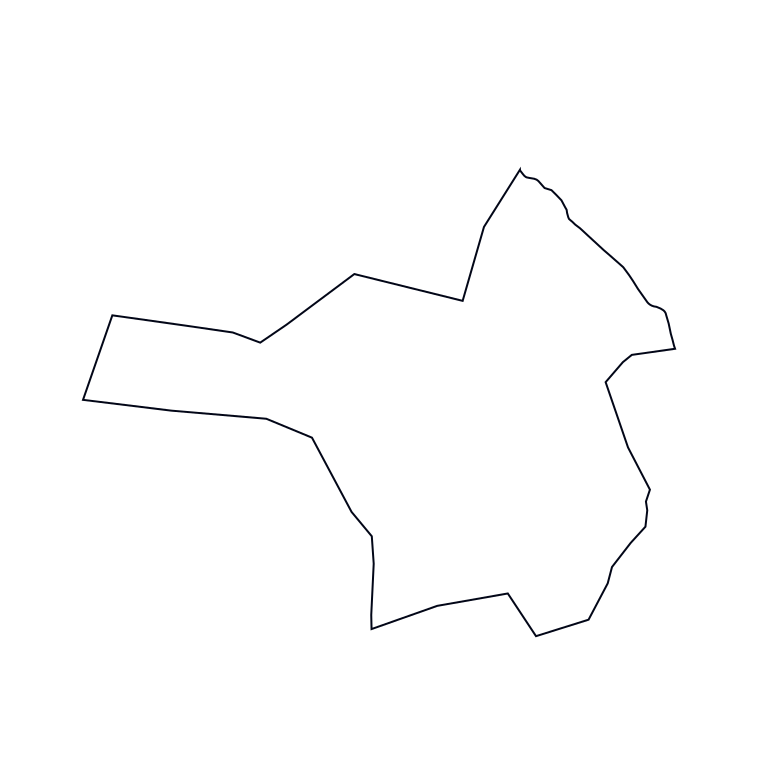 Cagaandelger, Dundgovi, Mongolia, rotated 14°
{"feature_id": "93677404B83577938576500", "entity_name": "Cagaandelger", "entity_type": "district", "adm_level": 2, "iso_a3": "MNG", "parent_name": "Mongolia", "parent_adm1": "Dundgovi", "projection": "equal_earth", "projection_center": [107.979, 46.403], "detail": "fine", "context": "isolated", "style": "outline", "palette": "ink", "viewbox_px": 768, "rotation_deg": 14, "n_neighbors": 0, "source": "geoboundaries", "source_scale": "gbopen_adm2", "svg_char_len": 1340}
<svg xmlns="http://www.w3.org/2000/svg" viewBox="0 0 768 768"><g transform="rotate(14 384 384)"><path d="M103.8,383.1L95.8,472.2L184.1,461.3L278.2,446.2L327.1,453.5L383.5,516.0L409.0,534.7L417.5,560.9L427.5,611.2L431.2,624.8L489.3,586.4L554.8,557.3L592.5,591.9L639.5,563.2L649.3,523.3L649.5,506.4L661.8,478.5L672.2,459.2L670.0,442.9L666.6,434.7L667.6,422.2L636.1,386.5L598.6,328.6L610.5,305.0L617.4,295.8L657.9,279.4L656.4,277.1L655.6,275.7L653.3,271.4L650.1,265.8L648.9,263.3L645.6,256.5L641.3,249.2L640.2,247.2L638.8,245.8L637.3,244.9L634.2,243.9L629.7,243.2L627.1,243.4L624.9,243.2L623.0,242.7L621.2,241.9L619.7,240.9L607.4,230.3L600.7,223.8L595.4,219.0L590.2,214.7L587.9,212.8L569.5,203.3L564.9,201.0L546.6,191.0L536.4,185.4L531.0,183.1L527.4,181.0L525.5,180.1L523.6,179.1L522.5,177.7L520.3,173.8L519.1,170.9L518.5,170.2L517.4,169.1L516.3,167.9L511.7,162.8L508.5,160.8L505.5,158.9L499.6,155.4L496.1,155.2L492.4,155.0L489.5,153.0L484.7,149.7L482.6,148.8L482.4,148.8L481.7,148.7L480.6,148.6L480.3,148.5L475.0,148.9L472.5,149.0L472.4,149.0L472.1,148.9L471.8,148.9L471.5,148.8L471.0,148.6L470.6,148.4L469.7,148.0L468.8,147.3L468.2,146.9L466.3,145.4L464.9,144.3L464.3,143.8L464.1,143.2L443.0,207.4L440.2,284.3L328.6,284.5L275.1,350.0L253.9,373.8L224.8,370.6L177.0,375.4L103.8,383.1Z" fill="none" stroke="#020617" stroke-width="2"/></g></svg>